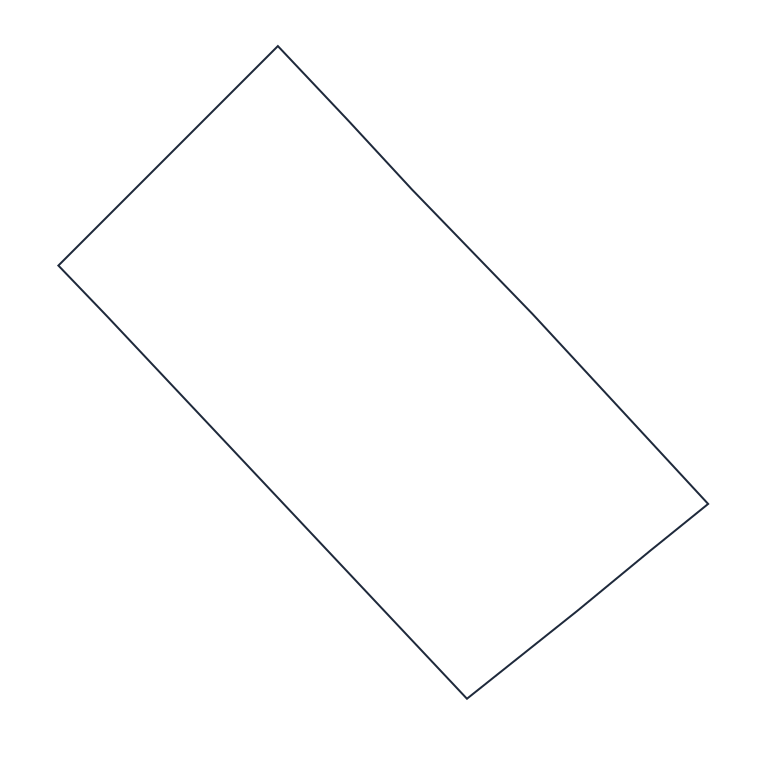 the district of Franklin, Alabama, United States of America, rotated 225°
{"feature_id": "52423323B7214659914962", "entity_name": "Franklin", "entity_type": "district", "adm_level": 2, "iso_a3": "USA", "parent_name": "United States of America", "parent_adm1": "Alabama", "projection": "mercator", "projection_center": [-87.887, 34.443], "detail": "fine", "context": "isolated", "style": "outline", "palette": "slate", "viewbox_px": 768, "rotation_deg": 225, "n_neighbors": 0, "source": "geoboundaries", "source_scale": "gbopen_adm2", "svg_char_len": 317}
<svg xmlns="http://www.w3.org/2000/svg" viewBox="0 0 768 768"><g transform="rotate(225 384 384)"><path d="M86.9,360.4L77.8,455.1L77.5,457.7L70.0,528.4L328.2,538.5L501.8,541.3L595.6,545.0L698.0,547.9L698.0,237.5L628.7,236.1L592.4,235.0L102.8,220.1L86.9,360.4Z" fill="none" stroke="#1e293b" stroke-width="2"/></g></svg>